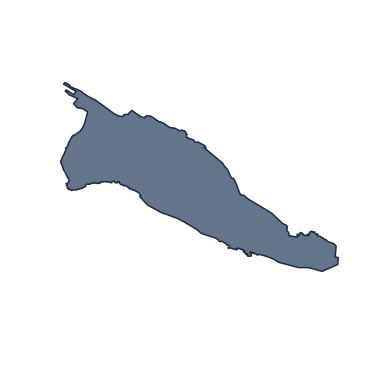 Vadakstes pag., Saldus, Latvia (Equal Earth projection), rotated 26°
{"feature_id": "27541924B67343530122833", "entity_name": "Vadakstes pag.", "entity_type": "district", "adm_level": 2, "iso_a3": "LVA", "parent_name": "Latvia", "parent_adm1": "Saldus", "projection": "equal_earth", "projection_center": [22.796, 56.389], "detail": "fine", "context": "isolated", "style": "filled", "palette": "slate", "viewbox_px": 384, "rotation_deg": 26, "n_neighbors": 0, "source": "geoboundaries", "source_scale": "gbopen_adm2", "svg_char_len": 5840}
<svg xmlns="http://www.w3.org/2000/svg" viewBox="0 0 384 384"><g transform="rotate(26 192 192)"><path d="M121.9,141.9L118.1,143.0L117.9,143.5L117.0,144.4L116.9,144.9L117.0,146.1L113.4,146.7L102.1,145.1L100.4,149.9L100.4,150.1L100.2,150.4L97.3,152.1L96.9,152.5L96.7,153.2L96.9,154.4L96.5,154.6L96.2,154.8L92.0,155.9L89.3,155.7L89.0,155.8L88.3,155.9L72.6,153.0L64.3,151.6L61.8,151.8L56.4,151.6L53.4,151.1L50.4,150.8L48.9,150.2L43.2,150.1L42.1,150.5L38.7,150.5L37.3,150.7L36.1,150.4L35.1,149.5L32.1,149.4L30.0,149.2L29.2,151.3L43.6,152.4L43.1,156.3L34.2,155.4L33.9,156.9L39.0,158.5L48.5,158.2L46.9,164.1L46.9,164.6L50.3,166.0L51.6,166.6L57.0,165.0L63.1,165.7L65.5,178.2L65.5,181.6L64.9,185.7L64.3,187.3L63.6,188.6L63.2,189.2L61.6,192.2L60.7,192.9L60.8,193.0L60.0,194.0L59.6,198.6L59.6,201.5L59.9,206.5L59.4,207.8L59.8,207.7L59.9,207.9L60.3,212.9L60.3,214.0L60.4,215.1L60.2,217.1L60.3,218.5L60.6,222.3L61.1,222.9L64.8,226.3L65.7,227.3L66.7,228.3L69.6,230.2L76.9,235.7L76.9,235.9L76.3,237.7L76.7,238.9L75.3,239.5L75.1,239.7L75.3,239.9L76.4,240.7L76.4,240.9L77.3,241.3L77.2,241.4L77.3,241.6L77.5,241.6L77.7,242.1L78.0,242.3L78.1,242.5L77.9,242.7L78.1,242.9L78.7,243.3L80.4,243.7L80.7,243.6L80.6,243.1L80.8,242.9L81.6,243.3L83.3,243.4L84.1,242.5L84.8,242.1L85.2,241.6L87.0,241.0L88.0,239.8L89.2,239.0L90.7,237.4L91.9,236.6L92.5,235.3L93.7,234.1L93.8,233.5L93.7,233.2L93.8,232.8L93.8,231.6L94.0,231.1L94.9,230.5L95.8,230.3L96.5,230.0L97.0,229.5L97.5,228.6L99.3,227.5L99.7,226.9L99.7,226.3L99.9,226.3L100.1,226.5L100.4,226.6L102.0,226.2L103.8,225.5L104.0,225.3L103.9,225.1L104.0,224.9L105.1,224.6L105.0,224.2L105.1,223.7L105.6,223.7L105.6,223.3L105.8,223.1L106.2,222.8L107.3,222.3L107.9,221.5L108.4,221.1L109.5,220.7L111.4,220.3L113.0,219.3L113.4,219.3L114.2,219.4L115.2,219.2L115.3,219.0L115.3,218.7L115.7,218.4L115.7,217.6L115.9,217.2L117.0,216.5L117.3,216.6L118.0,216.9L118.8,217.1L119.3,217.1L119.6,216.8L120.5,216.7L120.3,216.3L120.5,215.7L120.8,215.5L121.2,215.4L121.4,214.9L121.6,214.8L122.2,214.8L122.6,215.3L122.7,215.7L123.8,216.2L125.2,216.5L126.2,216.3L126.5,215.9L128.2,216.4L128.4,216.2L128.4,215.8L129.9,215.3L130.4,215.3L130.9,215.8L131.4,215.9L132.0,215.7L132.5,215.7L134.5,216.5L134.4,216.1L134.8,215.8L136.0,215.8L136.9,216.1L138.2,216.1L138.8,216.0L139.4,215.8L142.3,215.9L144.8,216.1L146.0,216.5L146.5,216.6L146.7,216.8L147.3,217.7L146.7,218.0L146.7,218.4L147.0,218.8L148.1,219.4L157.6,223.2L172.8,224.0L190.6,222.1L198.3,222.4L213.6,223.7L218.5,225.2L232.5,223.2L233.1,223.3L234.1,223.1L236.0,223.4L237.0,223.8L237.6,224.3L239.3,224.3L239.9,223.4L241.8,223.2L246.2,224.0L246.9,224.3L248.8,223.8L249.2,224.6L249.5,225.1L249.5,225.4L248.9,226.4L249.2,226.6L250.1,226.1L251.2,225.5L254.6,225.0L255.6,224.5L257.5,224.3L257.7,224.2L257.8,223.9L257.2,223.8L256.9,223.5L256.9,223.2L257.3,222.7L257.8,222.4L258.4,222.3L259.0,222.3L259.3,222.1L260.1,221.9L260.6,222.2L261.1,222.1L261.4,221.9L262.5,221.7L262.6,222.0L263.2,221.8L263.9,221.9L264.6,222.1L264.4,222.2L264.2,222.4L264.2,222.8L264.7,222.8L264.8,223.0L265.4,223.4L265.5,223.3L265.7,223.0L266.2,223.0L266.3,223.5L267.4,224.2L267.8,224.2L268.0,224.0L267.9,223.4L268.0,223.3L268.3,223.3L268.9,223.4L269.3,224.2L269.2,224.6L269.3,224.8L270.3,225.1L271.0,225.1L271.2,224.6L271.3,224.5L272.6,224.2L273.3,223.5L273.3,223.3L273.1,222.8L272.8,222.3L271.9,221.9L270.7,221.1L270.5,220.7L270.7,220.2L271.1,220.2L271.6,220.1L272.4,220.4L273.1,220.5L273.5,220.3L273.3,220.1L273.3,219.9L274.1,219.7L274.4,220.1L274.8,220.3L275.1,220.2L275.4,219.7L276.3,219.6L277.1,219.9L277.4,219.8L277.8,220.0L278.3,219.7L278.9,219.7L279.9,218.6L282.4,218.0L285.1,217.5L292.4,216.7L295.5,216.6L300.4,217.3L301.3,217.1L321.0,213.2L329.8,208.9L343.7,206.3L354.8,193.2L352.2,186.9L349.1,187.4L345.7,178.6L345.3,177.4L341.8,176.2L336.5,177.0L335.4,176.9L333.4,176.3L332.9,176.0L332.7,176.0L332.4,176.3L332.2,176.6L331.7,176.7L330.6,176.3L330.5,176.1L330.2,175.9L329.6,175.9L329.0,176.1L328.6,176.0L328.1,176.1L327.9,176.1L327.8,175.9L327.5,175.7L325.6,176.0L324.4,175.8L324.4,175.7L324.0,175.6L323.9,176.0L323.3,176.0L323.1,175.8L323.1,175.0L323.3,174.8L323.2,174.7L322.8,174.7L322.1,175.3L321.6,175.5L321.0,175.4L320.1,174.3L319.8,174.2L319.3,174.2L318.9,174.4L318.8,175.1L318.6,175.2L318.2,175.2L317.4,174.8L316.9,174.7L316.5,174.9L316.6,175.2L316.5,175.4L315.9,175.8L315.6,176.1L315.6,177.6L315.5,178.4L315.6,178.6L316.0,178.9L316.0,179.1L315.6,179.4L314.9,179.4L315.5,180.0L315.1,180.2L314.9,180.6L313.6,180.7L313.5,181.0L313.3,181.1L313.2,181.4L312.4,181.6L311.8,181.5L311.7,181.6L311.5,181.4L311.1,181.3L310.8,181.4L310.6,181.7L310.1,181.6L310.2,181.3L309.9,181.0L309.1,180.7L308.1,180.6L307.6,180.7L307.3,181.0L307.0,181.6L307.1,182.0L307.0,182.4L306.6,182.9L306.5,183.2L306.8,183.8L307.2,183.9L307.2,184.2L307.1,184.4L306.4,184.9L306.3,184.7L306.2,184.0L305.6,184.1L305.1,183.9L305.0,184.0L305.8,185.1L306.4,185.3L305.8,185.8L305.9,186.3L305.3,186.6L305.5,186.8L305.0,186.9L302.8,187.5L301.8,187.6L301.6,187.9L301.0,188.1L300.1,188.1L298.8,188.8L296.4,185.9L294.5,185.4L294.1,185.0L293.3,182.5L293.0,181.5L291.5,180.7L286.6,180.4L273.1,176.1L249.5,174.0L247.2,173.9L244.4,173.4L243.3,173.3L241.1,172.4L240.6,172.3L238.7,172.6L236.6,173.0L231.2,168.3L230.9,167.8L226.9,164.3L223.5,161.6L222.5,162.0L220.4,161.6L219.9,161.1L215.9,157.7L213.0,155.6L212.3,155.6L211.6,155.4L210.8,154.9L209.6,154.4L207.0,152.7L183.6,146.9L185.0,146.1L183.2,144.8L182.8,144.7L180.7,144.7L178.0,144.5L175.7,144.6L174.3,145.0L172.7,146.0L170.9,144.6L170.6,144.5L167.3,144.9L166.1,145.4L165.1,145.0L162.9,145.1L162.5,143.9L161.9,143.1L162.3,142.5L162.3,142.3L160.8,141.8L160.2,140.9L158.3,140.3L156.0,140.8L154.1,142.3L148.6,142.2L146.4,142.8L145.7,143.4L142.9,143.6L138.7,143.1L136.5,142.6L135.1,142.9L133.2,142.8L131.3,143.2L128.2,142.8L125.4,142.3L121.9,141.9Z" fill="#64748b" stroke="#1e293b" stroke-width="1.5"/></g></svg>